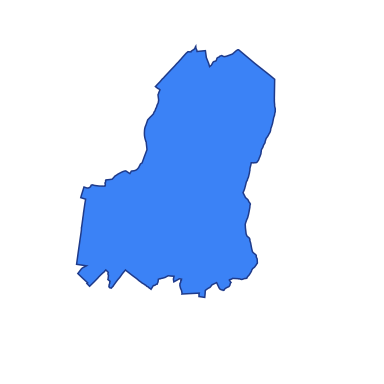 the district of Siretel, Iasi, Romania, rotated 43°
{"feature_id": "2599482B550039581691", "entity_name": "Siretel", "entity_type": "district", "adm_level": 2, "iso_a3": "ROU", "parent_name": "Romania", "parent_adm1": "Iasi", "projection": "orthographic", "projection_center": [26.741, 47.42], "detail": "fine", "context": "isolated", "style": "filled", "palette": "blue", "viewbox_px": 384, "rotation_deg": 43, "n_neighbors": 0, "source": "geoboundaries", "source_scale": "gbopen_adm2", "svg_char_len": 5972}
<svg xmlns="http://www.w3.org/2000/svg" viewBox="0 0 384 384"><g transform="rotate(43 192 192)"><path d="M269.9,246.5L270.3,245.3L271.8,241.5L277.0,243.6L278.2,243.9L279.0,243.9L279.6,243.7L280.4,243.4L281.0,242.9L281.7,242.6L281.9,242.7L282.4,242.1L282.2,241.5L282.1,240.8L282.2,239.6L282.6,238.4L282.8,237.7L283.5,236.2L283.5,235.4L283.3,234.4L282.2,232.4L282.3,231.6L280.4,231.2L279.4,231.0L279.2,230.7L279.5,230.0L280.2,229.1L280.3,228.5L280.6,228.0L280.6,227.5L284.4,224.3L284.9,223.9L285.4,223.7L285.6,223.3L287.1,222.6L288.0,222.1L288.5,221.3L289.6,219.2L290.2,218.7L290.9,217.7L290.7,217.2L290.4,216.0L290.4,213.7L289.8,210.7L289.6,210.0L289.4,209.2L288.9,208.3L288.7,207.0L288.6,206.6L288.7,206.2L288.8,205.4L289.0,204.4L288.7,201.8L288.6,201.2L288.4,200.5L288.4,199.7L288.2,199.3L285.3,196.5L285.1,196.4L283.5,195.8L283.1,195.6L282.9,195.2L282.6,194.9L282.1,194.5L281.6,194.4L281.0,194.4L278.5,194.6L277.2,194.5L276.5,194.2L276.1,193.9L274.1,192.6L269.5,189.2L267.8,188.3L267.6,188.1L267.4,188.1L267.2,187.8L266.9,187.6L266.7,187.2L266.1,186.9L265.3,186.6L262.3,186.7L261.7,186.5L260.0,185.6L255.4,181.7L254.6,180.9L253.1,179.5L252.5,178.5L252.2,177.9L250.9,174.9L250.3,173.0L248.7,170.0L247.3,167.7L244.8,163.8L244.3,163.2L243.6,162.4L243.3,161.7L242.9,161.0L242.4,160.8L241.3,160.5L240.4,160.4L239.9,160.3L238.9,159.7L237.8,159.5L234.7,159.6L234.2,159.3L229.8,157.7L229.2,156.1L228.9,155.2L228.2,153.6L227.9,153.1L227.2,151.7L225.0,147.8L224.8,147.4L224.4,145.5L223.7,144.5L223.5,143.6L223.1,142.6L221.0,138.9L220.2,137.8L219.6,136.7L219.2,136.3L218.5,135.5L217.4,133.7L217.2,133.2L216.4,131.8L215.4,130.2L216.2,129.4L216.9,129.1L217.1,128.6L217.9,127.9L218.0,127.6L218.7,127.1L218.9,126.8L219.2,126.0L219.2,125.7L219.1,124.9L218.9,123.4L218.6,122.5L218.0,121.3L217.5,119.7L216.9,118.4L216.8,118.0L216.4,117.2L216.2,116.8L215.4,115.9L215.3,115.5L214.6,114.7L214.1,114.0L213.7,112.8L213.4,111.2L212.4,109.0L212.3,108.6L212.2,108.2L212.0,107.0L211.8,106.2L211.7,106.0L211.0,105.1L210.8,104.6L209.8,102.5L209.6,101.6L209.5,100.1L208.9,97.6L208.6,96.7L208.4,95.4L208.2,94.9L207.6,93.6L206.4,91.9L205.6,90.0L204.1,86.9L201.0,81.9L200.0,79.6L198.6,77.6L198.4,77.1L198.2,76.6L197.5,75.9L197.0,75.3L196.4,74.6L195.7,74.0L194.8,73.5L194.4,73.2L193.7,72.7L192.9,71.8L190.9,70.0L189.7,68.8L189.3,68.3L188.4,67.4L175.6,53.2L170.2,53.5L150.4,55.1L129.1,56.2L128.5,56.7L128.0,58.4L127.5,63.5L124.8,68.8L123.6,70.7L122.4,71.5L120.7,71.9L119.7,73.8L119.7,74.5L119.7,75.0L119.3,75.7L119.0,76.7L119.1,77.3L119.7,78.4L120.1,79.5L119.8,80.5L119.1,81.5L118.9,82.2L118.9,82.9L119.7,86.0L119.4,88.3L116.5,86.6L110.8,83.9L105.4,79.5L101.5,83.9L99.9,85.8L99.4,85.4L98.8,85.0L97.1,84.3L96.5,83.9L95.4,82.9L95.6,83.8L96.0,84.6L96.2,85.8L96.1,86.7L95.8,87.7L95.7,88.3L95.5,89.0L95.4,89.4L95.5,89.8L95.7,90.1L94.7,91.1L93.4,92.1L93.3,92.4L93.3,93.0L93.1,94.5L93.2,100.8L93.3,101.3L93.3,103.9L93.4,106.3L93.3,108.5L93.4,111.9L93.3,117.2L93.3,126.6L93.4,128.0L93.2,129.4L93.4,133.3L93.3,137.4L93.4,138.3L93.3,139.8L94.1,139.8L96.2,139.6L98.1,139.1L98.9,139.1L100.1,142.4L100.5,142.9L100.6,143.5L100.7,143.9L101.3,144.5L104.9,147.5L106.1,149.3L106.4,149.7L106.8,150.7L106.9,151.4L107.2,152.1L107.3,152.5L107.9,153.5L108.5,155.1L108.6,155.8L109.2,157.0L109.6,158.0L109.7,158.6L109.7,159.3L110.5,161.2L110.5,164.1L110.4,165.3L110.4,167.0L110.4,169.3L110.5,169.7L112.5,174.1L113.3,176.2L113.7,177.0L114.4,178.2L115.3,179.4L117.0,181.4L118.6,183.0L120.1,184.2L121.6,185.2L123.8,186.5L124.0,186.5L124.5,186.7L125.2,187.4L129.6,191.2L130.2,191.8L130.4,192.2L132.0,196.1L133.1,198.8L135.6,204.6L135.6,205.0L135.2,206.6L136.3,210.5L136.4,211.4L136.4,212.3L136.4,212.9L136.1,214.1L135.9,214.6L135.5,215.4L134.7,216.5L133.5,217.9L133.4,218.1L134.0,220.9L129.3,221.7L129.0,221.9L128.3,222.8L127.5,224.3L127.1,225.2L125.6,229.5L125.2,231.5L124.8,232.6L124.9,237.1L122.9,239.5L121.4,241.2L120.8,241.9L121.0,242.3L121.0,242.6L122.0,243.5L122.0,244.3L122.2,244.6L122.5,244.8L122.5,245.0L123.2,245.3L123.3,245.4L123.5,245.7L123.8,246.0L123.8,246.4L124.3,246.7L124.3,246.9L124.0,247.4L122.1,249.1L120.1,250.9L116.2,253.7L114.4,254.6L113.8,255.4L113.6,255.9L114.2,257.2L114.0,258.3L113.7,259.3L113.1,260.2L111.9,261.0L109.6,262.0L113.3,269.7L114.5,272.0L119.1,269.8L121.8,273.9L125.5,279.2L127.0,281.4L128.3,283.1L129.5,284.9L130.6,286.4L134.9,292.5L135.4,293.4L137.0,295.2L138.3,297.0L142.8,303.5L143.1,303.9L149.7,313.4L156.9,323.6L165.1,318.0L163.6,322.4L163.6,322.9L163.5,323.7L163.6,324.1L164.1,329.5L171.0,329.6L177.6,329.6L177.5,330.6L181.4,330.8L181.7,324.2L181.8,319.0L181.7,318.0L181.8,314.6L182.0,311.9L182.3,309.9L182.2,309.5L182.1,308.9L182.1,307.8L183.9,307.8L185.6,307.9L186.1,308.9L186.4,309.2L187.0,309.7L187.6,309.8L187.9,310.1L189.6,312.4L190.1,313.1L190.2,313.4L192.9,313.2L193.3,314.1L193.9,314.6L194.2,315.1L194.4,315.8L194.7,316.4L195.9,318.0L197.3,318.1L197.5,318.0L197.7,317.8L198.1,317.5L198.5,317.4L198.5,315.5L198.6,314.7L198.4,314.2L197.8,309.5L197.5,306.6L197.4,303.6L196.8,299.3L196.5,294.4L197.4,294.4L205.6,293.7L210.6,293.1L213.9,293.0L215.9,292.7L216.9,292.7L218.0,292.5L219.5,292.1L220.6,292.1L221.4,291.7L223.3,291.8L224.7,291.3L225.7,291.4L227.5,291.1L228.4,291.1L227.6,287.1L227.6,286.7L228.3,285.9L228.5,285.4L228.8,283.8L229.4,283.1L229.0,282.4L228.7,281.4L228.2,280.5L226.9,278.8L227.2,278.2L227.4,277.5L227.9,277.3L228.1,276.7L229.5,274.7L230.6,272.8L231.3,270.6L231.8,269.4L233.7,268.0L236.3,265.9L236.8,266.6L237.7,268.3L238.4,268.9L240.0,270.1L241.2,266.5L241.9,264.1L243.8,262.9L244.0,263.4L244.4,263.8L244.2,264.2L244.2,264.4L244.7,265.0L245.1,265.4L245.5,266.7L245.5,267.0L246.6,268.3L247.1,268.8L248.9,270.0L249.6,270.4L251.2,271.0L252.8,272.1L254.0,273.1L254.2,273.5L258.7,268.8L266.3,261.0L266.9,262.1L267.4,262.7L268.1,263.2L268.4,263.7L273.2,260.4L271.0,257.5L268.9,255.0L268.9,254.4L269.1,253.6L269.2,253.0L269.3,252.3L269.6,251.1L270.0,250.1L270.2,249.4L270.1,247.7L270.0,247.1L269.9,246.5Z" fill="#3b82f6" stroke="#1e3a8a" stroke-width="1.5"/></g></svg>